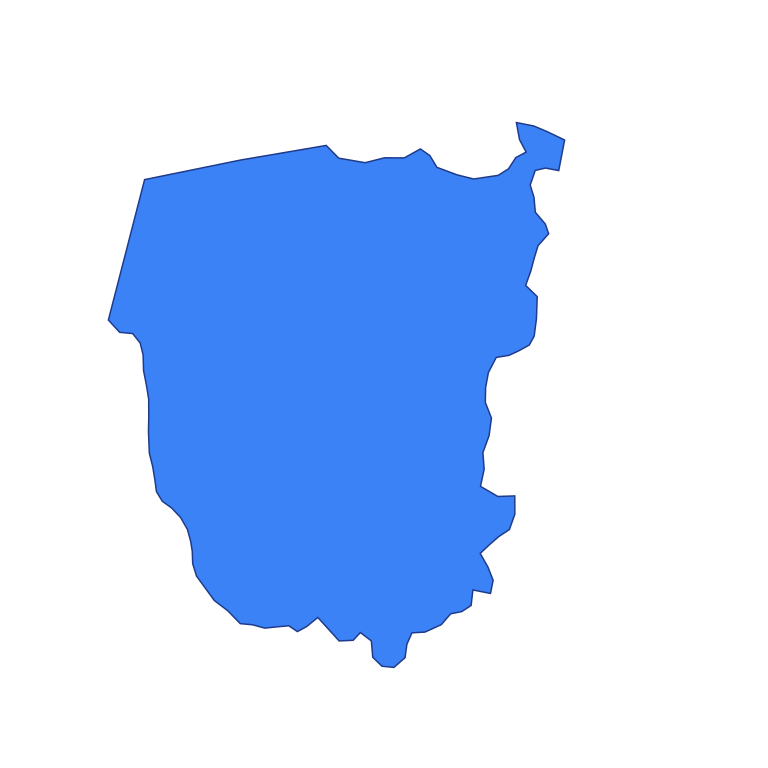 outline of Pinhão, Sergipe, Brazil, rotated 251°
{"feature_id": "56859067B90079031840877", "entity_name": "Pinhão", "entity_type": "district", "adm_level": 2, "iso_a3": "BRA", "parent_name": "Brazil", "parent_adm1": "Sergipe", "projection": "albers", "projection_center": [-37.772, -10.576], "detail": "fine", "context": "isolated", "style": "filled", "palette": "blue", "viewbox_px": 768, "rotation_deg": 251, "n_neighbors": 0, "source": "geoboundaries", "source_scale": "gbopen_adm2", "svg_char_len": 1479}
<svg xmlns="http://www.w3.org/2000/svg" viewBox="0 0 768 768"><g transform="rotate(251 384 384)"><path d="M204.2,170.1L199.2,181.2L192.0,191.8L189.2,203.8L186.4,215.3L178.1,221.5L179.8,231.7L184.8,245.4L173.5,250.3L155.7,257.9L151.7,271.4L156.7,280.7L145.2,288.4L129.3,284.4L117.8,290.2L112.8,301.1L118.4,314.8L130.6,321.0L139.6,329.4L136.1,342.0L137.8,359.8L145.0,372.2L143.5,383.5L146.3,394.3L160.3,401.0L151.3,416.5L162.9,423.3L177.0,422.7L192.5,419.8L197.7,431.3L202.3,442.6L205.6,455.2L218.4,465.4L235.6,471.2L240.6,455.0L255.8,441.9L270.9,451.0L287.0,455.2L300.9,466.5L316.8,474.5L333.6,473.8L347.5,478.9L360.8,486.4L372.6,498.8L370.4,511.5L371.5,522.1L373.6,534.1L380.4,541.6L396.1,549.4L416.7,557.3L431.1,550.0L442.9,559.5L453.5,566.6L464.6,574.6L472.5,588.6L482.7,588.6L497.1,583.0L511.7,586.6L524.5,587.0L536.7,596.5L535.6,607.0L528.9,618.7L555.9,634.2L569.4,620.5L579.2,609.6L588.1,594.3L570.9,591.7L557.0,593.9L555.2,582.4L546.9,571.7L544.1,559.8L548.7,535.4L558.1,521.0L571.6,504.6L585.1,501.7L594.4,494.9L591.2,476.7L597.7,458.1L599.4,438.2L612.3,414.7L628.4,407.0L642.4,321.7L655.2,224.2L534.2,144.2L518.9,150.9L513.5,162.8L502.1,166.8L489.9,165.7L474.9,161.0L460.3,159.0L446.4,156.6L430.1,151.1L415.7,145.8L395.0,139.6L381.1,138.4L367.1,136.0L356.4,133.8L345.3,136.2L335.8,142.9L324.0,148.2L310.5,150.8L298.3,150.0L288.1,148.2L276.3,144.6L263.4,144.2L249.1,148.6L234.5,153.1L220.5,162.4L204.2,170.1Z" fill="#3b82f6" stroke="#1e3a8a" stroke-width="1.5"/></g></svg>